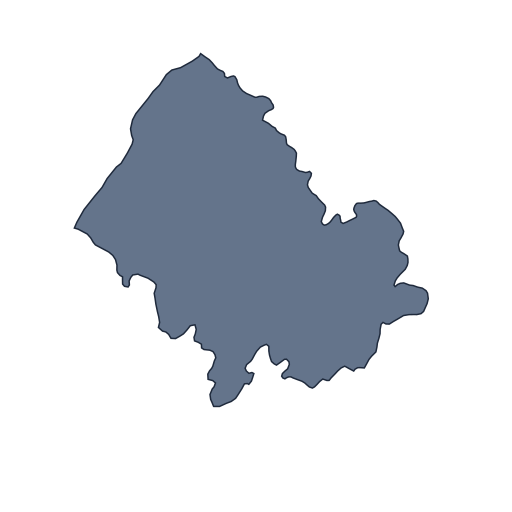 Ivanava, Brest, Belarus, rotated 118°
{"feature_id": "67162791B27498157405440", "entity_name": "Ivanava", "entity_type": "district", "adm_level": 2, "iso_a3": "BLR", "parent_name": "Belarus", "parent_adm1": "Brest", "projection": "equal_earth", "projection_center": [25.563, 52.191], "detail": "fine", "context": "isolated", "style": "filled", "palette": "slate", "viewbox_px": 512, "rotation_deg": 118, "n_neighbors": 0, "source": "geoboundaries", "source_scale": "gbopen_adm2", "svg_char_len": 4346}
<svg xmlns="http://www.w3.org/2000/svg" viewBox="0 0 512 512"><g transform="rotate(118 256 256)"><path d="M311.7,115.7L309.4,115.4L306.9,113.8L305.8,111.9L304.8,109.7L304.0,107.8L298.9,107.7L294.3,107.7L290.2,106.9L284.4,105.1L279.6,106.5L276.0,107.9L271.2,108.8L266.4,110.0L262.6,111.9L257.5,113.5L255.0,112.7L255.0,109.4L253.5,106.3L249.4,104.0L245.6,101.6L239.3,97.8L236.0,93.5L233.7,89.4L232.2,86.5L229.4,83.2L226.3,82.0L217.7,82.6L214.1,83.5L212.9,83.8L208.3,87.1L206.8,89.6L206.3,94.1L207.6,98.7L208.3,103.4L209.6,106.7L210.4,112.9L212.4,115.8L214.7,117.6L217.7,118.8L216.9,120.5L212.6,121.3L209.1,121.1L204.5,120.1L197.7,118.0L193.4,118.0L190.3,118.8L187.3,120.5L185.0,122.3L184.9,122.8L184.5,126.9L184.5,129.3L184.0,131.6L181.4,133.9L179.4,135.5L175.3,136.7L172.0,136.5L167.5,136.5L164.9,137.2L162.4,140.2L159.2,143.8L156.9,148.9L155.8,151.6L154.8,155.7L153.7,160.8L153.3,164.6L152.7,169.4L152.4,171.4L151.6,173.5L151.1,175.7L151.7,178.0L153.2,179.5L154.7,181.5L156.5,183.4L158.4,185.5L160.1,188.2L161.4,190.7L162.5,191.9L165.1,192.3L167.7,192.0L169.1,191.5L170.4,190.2L171.2,188.9L171.7,187.8L172.4,186.6L173.8,185.8L174.9,185.8L178.3,188.2L181.0,190.2L183.2,191.7L186.4,194.4L186.2,197.0L184.7,198.0L183.3,199.3L181.4,200.5L180.9,201.8L180.9,203.8L182.4,204.7L185.5,205.6L189.2,206.1L191.2,206.5L193.3,207.3L195.5,208.7L196.7,210.2L196.5,212.3L195.0,214.5L190.4,215.5L187.2,215.6L183.5,216.0L180.2,217.5L178.8,219.3L177.6,223.4L176.1,227.9L174.4,231.2L174.3,233.8L174.1,236.0L171.0,242.0L169.0,244.0L165.3,245.1L162.4,244.9L159.5,245.0L157.0,245.9L156.2,248.4L158.0,250.0L159.1,251.6L159.8,255.1L160.6,257.4L160.5,260.5L159.9,261.8L158.7,263.2L156.6,264.3L154.1,265.2L149.1,267.2L146.2,268.6L144.9,270.5L144.0,272.3L143.5,275.6L143.5,277.5L143.1,280.8L142.0,282.1L139.2,283.9L136.8,285.8L136.0,287.6L136.4,291.0L136.4,293.1L135.6,296.8L134.0,299.0L134.0,302.7L133.0,307.3L133.0,312.4L133.0,314.0L128.9,315.1L125.8,315.1L121.7,313.0L119.6,311.2L117.8,310.2L116.5,310.3L114.6,311.8L113.4,314.2L112.0,316.0L111.0,318.6L111.1,322.2L111.8,325.1L113.6,328.1L115.5,329.9L116.3,331.3L116.6,335.7L117.0,340.7L116.5,345.4L115.0,349.2L113.5,351.6L111.9,353.5L109.4,355.7L107.5,358.8L107.6,360.4L109.3,362.4L112.2,364.8L112.2,367.9L109.6,369.6L108.6,371.9L108.9,374.7L108.9,377.9L107.3,382.3L106.0,385.3L104.6,389.5L104.1,394.3L103.3,399.9L106.5,400.0L114.0,403.8L125.1,411.0L131.3,417.6L137.9,420.3L150.3,421.4L159.2,424.1L167.6,425.2L186.6,428.9L193.7,428.9L202.6,426.5L207.9,422.4L211.0,419.0L215.4,417.9L225.6,417.9L237.6,418.6L242.9,421.0L257.5,423.8L267.7,424.1L278.8,426.5L295.6,429.6L310.2,430.0L316.6,429.5L315.8,425.6L315.8,419.6L315.8,415.4L317.6,410.5L320.3,406.1L321.6,403.0L321.6,398.7L321.6,393.1L321.6,387.9L322.7,382.7L325.1,378.4L329.3,374.5L333.8,372.2L335.7,370.5L337.0,367.0L337.0,364.1L340.0,362.5L343.4,360.6L344.5,357.9L343.4,354.4L341.0,354.2L337.6,356.3L333.6,356.5L330.6,355.9L327.4,351.7L327.4,349.5L326.3,341.0L326.9,334.0L328.2,330.7L330.9,329.4L336.7,328.4L340.7,325.3L345.5,321.8L351.4,316.9L355.3,313.4L359.9,309.9L364.9,308.6L366.2,303.3L365.4,300.0L366.2,296.3L368.6,292.4L366.7,288.3L362.5,285.6L358.8,283.5L354.0,282.3L348.4,281.3L345.4,277.6L348.9,274.3L353.4,273.0L356.9,272.6L359.8,270.4L359.3,266.5L359.5,262.8L362.7,260.9L363.0,258.0L360.8,252.5L360.6,249.0L362.4,245.9L364.8,243.7L368.3,243.5L373.6,242.4L376.0,242.4L379.2,243.1L382.9,243.1L387.4,240.4L386.3,235.7L387.1,232.2L391.1,231.6L394.0,232.2L399.9,231.6L403.9,228.7L406.0,226.0L408.7,222.8L406.0,217.6L400.1,213.1L396.1,209.6L391.3,207.2L387.6,206.8L379.9,206.2L374.3,206.2L372.7,203.7L372.7,202.1L368.7,201.3L365.0,201.9L360.8,202.7L360.8,204.9L362.9,207.2L362.1,210.5L360.2,212.9L356.3,213.3L351.5,211.3L348.8,210.9L343.5,210.9L339.8,210.7L334.4,209.4L331.0,207.0L329.1,205.3L329.7,202.3L333.9,200.0L337.1,197.6L339.7,195.1L341.9,192.7L342.7,189.4L342.7,186.7L338.4,184.5L333.9,182.4L332.8,180.6L333.9,177.3L336.0,175.7L340.8,175.1L344.2,176.5L347.4,177.5L350.1,176.9L351.1,175.0L350.9,172.8L349.0,171.8L347.3,170.3L346.3,168.3L346.3,166.3L345.8,162.3L345.0,156.6L345.2,153.3L345.9,150.6L346.6,147.4L346.1,144.2L344.1,142.9L340.9,141.9L337.0,140.9L333.3,139.3L332.6,134.9L331.5,133.0L328.5,132.5L322.7,130.8L319.2,129.9L314.9,128.3L311.7,126.0L311.6,124.6L311.7,120.9L311.7,115.7Z" fill="#64748b" stroke="#1e293b" stroke-width="1.5"/></g></svg>